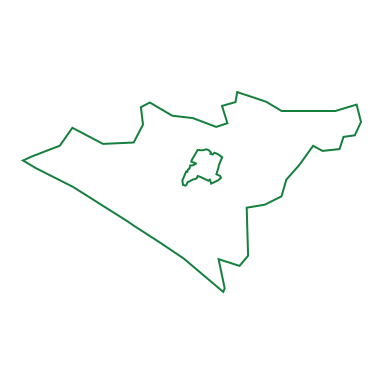 the district of Khiva, Khorezm, Uzbekistan
{"feature_id": "79887680B67856776963689", "entity_name": "Khiva", "entity_type": "district", "adm_level": 2, "iso_a3": "UZB", "parent_name": "Uzbekistan", "parent_adm1": "Khorezm", "projection": "natural_earth1", "projection_center": [60.362, 41.359], "detail": "fine", "context": "isolated", "style": "outline", "palette": "green", "viewbox_px": 384, "rotation_deg": 0, "n_neighbors": 0, "source": "geoboundaries", "source_scale": "gbopen_adm2", "svg_char_len": 1212}
<svg xmlns="http://www.w3.org/2000/svg" viewBox="0 0 384 384"><path d="M356.6,104.6L335.3,111.0L307.9,111.0L281.6,111.0L266.3,101.8L237.2,92.1L235.5,102.1L222.0,105.9L227.4,123.2L216.2,126.9L192.9,118.1L172.2,115.7L149.8,102.5L140.9,107.2L143.0,124.6L133.7,142.5L103.0,143.9L72.4,127.8L59.7,145.8L49.6,149.6L30.6,157.0L23.0,160.5L36.0,168.2L73.2,187.0L128.2,221.8L134.2,226.0L139.0,229.0L149.3,235.7L158.5,241.6L163.9,245.2L183.8,258.6L223.2,291.9L224.7,288.4L218.6,259.2L239.5,265.9L248.1,255.7L246.7,207.7L264.8,204.7L281.5,196.3L286.3,179.7L299.3,165.0L313.1,145.8L322.5,150.9L339.5,149.1L343.5,136.9L354.8,135.3L361.0,122.0L356.6,104.6ZM208.9,150.3L210.9,152.4L210.5,153.9L212.7,154.5L214.4,152.7L217.7,154.1L222.2,157.2L218.8,165.3L218.5,167.5L216.4,174.2L220.1,176.0L221.0,177.9L217.8,180.5L211.2,183.6L209.8,179.6L208.2,180.7L201.0,177.2L200.2,176.9L197.7,176.0L196.6,178.4L194.7,179.2L193.5,179.3L191.1,180.4L189.4,181.5L188.0,181.8L186.0,185.3L185.4,185.6L183.0,184.9L182.4,180.4L186.2,171.5L187.3,171.8L188.0,169.5L189.4,168.8L190.2,165.4L192.4,165.4L195.6,164.1L195.9,163.4L191.3,161.7L191.7,160.2L197.6,150.0L202.4,150.3L206.6,149.3L208.9,150.3Z" fill="none" stroke="#15803d" stroke-width="2"/></svg>